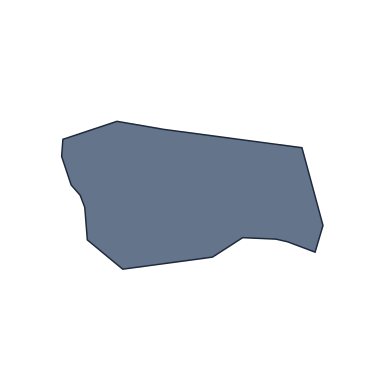 map outline of Braslovce (Albers equal-area conic projection), rotated 309°
{"feature_id": "SVN-247", "entity_name": "Braslovce", "entity_type": "Municipality", "adm_level": 1, "iso_a3": "SVN", "parent_name": "Slovenia", "parent_adm1": "", "projection": "albers", "projection_center": [15.021, 46.282], "detail": "fine", "context": "isolated", "style": "filled", "palette": "slate", "viewbox_px": 384, "rotation_deg": 309, "n_neighbors": 0, "source": "natural_earth", "source_scale": "10m", "svg_char_len": 369}
<svg xmlns="http://www.w3.org/2000/svg" viewBox="0 0 384 384"><g transform="rotate(309 192 192)"><path d="M154.3,248.9L88.4,186.7L88.9,140.8L112.6,118.3L119.1,107.1L121.4,93.7L137.6,68.3L151.7,58.5L199.7,89.2L222.8,130.5L295.6,249.6L248.4,314.9L222.7,325.5L213.4,297.5L208.2,286.9L188.4,260.1L154.3,248.9Z" fill="#64748b" stroke="#1e293b" stroke-width="1.5"/></g></svg>